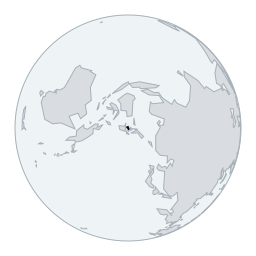 Negros Oriental highlighted on a globe, orthographic projection, rotated 133°
{"feature_id": "PHL-2516", "entity_name": "Negros Oriental", "entity_type": "Province", "adm_level": 1, "iso_a3": "PHL", "parent_name": "Philippines", "parent_adm1": "", "projection": "orthographic", "projection_center": [123.114, 9.74], "detail": "fine", "context": "on_globe", "style": "filled", "palette": "ink", "viewbox_px": 256, "rotation_deg": 133, "n_neighbors": 0, "source": "natural_earth", "source_scale": "10m", "svg_char_len": 8562}
<svg xmlns="http://www.w3.org/2000/svg" viewBox="0 0 256 256"><g transform="rotate(133 128 128)"><circle cx="128" cy="128" r="113" fill="#eef3f6" stroke="#a8b0b8"/><path d="M218.7,168.7L218.5,169.5L218.4,169.6L218.7,168.7ZM188.6,33.0L186.0,31.5L182.8,31.0L185.5,33.5L182.0,31.2L189.7,38.1L190.4,41.1L187.3,36.2L185.2,34.7L184.5,35.7L182.3,34.4L180.6,34.3L177.9,32.8L176.3,30.4L174.6,29.5L174.2,30.4L171.3,29.7L172.1,28.5L167.1,27.2L163.5,23.8L167.9,23.2L163.6,21.3L163.1,21.0L171.9,24.3L180.4,28.3L188.6,33.0ZM233.3,94.8L232.4,92.3L233.2,93.4L233.3,94.8ZM231.6,91.2L232.0,91.9L231.7,91.4L231.6,91.2ZM231.3,91.0L231.5,91.1L231.4,91.3L231.3,91.0ZM230.9,91.1L231.1,90.9L231.1,91.1L230.9,91.1ZM230.0,90.5L229.7,90.2L229.8,89.8L230.0,90.5ZM188.0,35.8L188.1,35.2L188.8,36.3L188.0,35.8ZM180.8,34.6L181.5,35.3L180.4,35.0L180.8,34.6ZM175.2,32.4L173.2,31.9L175.0,32.0L175.2,32.4ZM171.8,31.4L166.8,30.6L167.9,31.8L161.9,28.1L168.1,29.8L170.2,29.6L170.2,30.5L171.8,31.4ZM159.5,19.8L155.5,18.8L154.9,18.6L159.5,19.8ZM159.3,26.4L157.9,26.0L159.1,26.0L159.3,26.4ZM161.7,20.6L160.7,20.4L157.1,19.4L156.3,19.2L155.4,18.7L161.7,20.6ZM152.9,18.2L151.6,17.9L153.1,18.3L150.5,17.7L150.3,17.6L149.3,17.4L148.5,17.3L149.3,17.4L152.9,18.2ZM147.1,17.0L146.5,16.9L147.1,17.0ZM148.7,17.5L152.8,18.3L152.7,18.4L148.7,17.5ZM143.0,16.4L142.7,16.3L143.0,16.4ZM146.7,17.0L148.2,17.3L146.7,17.0ZM142.5,16.3L142.1,16.3L143.4,16.4L142.5,16.3ZM144.3,16.6L143.7,16.6L144.0,16.5L144.9,16.7L144.3,16.6ZM146.3,17.0L146.7,17.1L145.7,16.9L146.3,17.0ZM140.8,16.1L140.3,16.1L137.9,15.9L138.1,15.8L140.4,16.0L140.8,16.1ZM32.4,68.4L31.6,69.8L31.4,71.1L37.8,62.5L38.1,60.3L41.7,55.7L44.3,53.8L44.6,56.5L46.0,54.8L48.8,50.0L52.0,47.8L50.2,48.2L48.6,50.1L47.5,50.6L48.8,48.9L49.9,48.1L50.6,46.8L45.4,51.6L43.3,54.0L43.4,53.7L49.8,46.9L56.9,40.7L64.4,35.0L65.1,34.6L68.6,32.4L67.4,33.2L71.1,31.0L71.9,31.2L74.1,29.3L78.2,27.2L81.0,26.2L82.8,25.3L78.2,27.0L76.1,28.1L73.6,29.4L70.6,31.1L77.9,27.1L85.4,23.7L90.3,22.2L91.8,22.4L85.2,26.5L82.4,27.3L83.3,26.1L78.5,28.9L80.8,27.8L79.9,28.7L83.6,27.4L83.1,28.0L87.5,25.9L87.4,26.5L84.6,27.8L90.0,26.9L90.8,28.0L92.3,27.6L93.6,26.8L93.7,29.1L94.8,28.7L95.2,27.8L97.5,26.4L101.7,25.1L101.5,26.0L100.0,26.6L96.5,29.3L92.4,31.1L92.8,31.3L96.3,30.1L100.5,26.6L103.1,25.7L101.5,27.2L102.3,26.5L103.5,26.3L104.6,27.0L106.5,25.4L120.3,23.4L123.7,25.0L120.7,26.2L130.1,26.9L133.3,29.4L133.6,28.4L138.3,28.5L137.4,27.7L137.9,27.3L149.6,28.2L152.3,29.3L157.7,29.3L157.8,28.9L156.2,28.0L161.9,28.1L167.9,31.8L167.2,32.5L171.5,34.6L169.3,36.0L169.5,38.5L164.7,39.3L165.2,41.4L166.8,42.1L168.8,45.7L167.3,51.7L161.4,43.9L162.3,36.1L161.3,38.8L159.5,37.5L157.8,38.1L157.3,40.3L158.6,41.0L146.9,42.1L141.5,48.1L147.0,48.6L149.6,51.3L148.3,60.4L134.7,71.6L138.0,76.7L137.6,79.7L133.5,81.0L133.9,76.6L130.5,74.5L131.3,72.0L124.8,73.1L125.8,69.6L120.3,72.5L121.4,75.6L126.8,75.6L121.6,80.1L126.0,85.9L125.5,92.3L114.9,102.4L105.6,104.8L104.8,106.8L101.6,104.1L96.6,107.6L101.9,120.2L101.5,123.7L93.7,129.3L93.6,126.7L85.2,119.3L83.0,127.4L89.4,135.1L91.6,143.5L86.4,140.3L84.2,132.9L81.2,130.1L82.5,123.0L80.8,112.1L75.6,113.4L76.5,109.2L73.4,100.0L66.2,101.6L54.4,111.0L52.1,121.7L48.3,125.8L45.6,109.3L47.1,98.9L44.3,99.2L42.9,89.8L35.5,86.8L36.0,84.1L34.3,84.8L33.5,81.4L34.9,77.1L33.7,76.8L30.5,88.4L32.0,88.8L35.3,85.4L34.0,89.4L34.9,93.8L28.4,102.0L19.9,107.1L21.6,99.0L28.6,76.2L29.9,74.1L30.0,73.9L30.3,73.4L28.2,76.7L30.3,72.5L23.8,87.6L21.6,93.9L19.7,107.5L19.3,108.5L19.4,111.6L23.2,110.6L22.7,113.3L19.3,124.6L16.4,139.1L18.3,151.1L20.6,161.0L21.5,164.6L19.1,156.6L17.2,148.5L16.0,140.2L15.4,131.9L15.4,123.6L16.1,115.3L17.3,107.0L19.2,98.9L21.6,91.0L24.7,83.2L28.2,75.7L32.4,68.4ZM42.2,64.5L44.1,66.3L47.9,60.2L48.9,60.5L49.8,58.5L48.1,59.8L51.0,54.5L53.5,53.7L55.6,51.4L55.0,50.8L50.0,53.2L45.9,60.6L43.5,62.4L42.2,64.5ZM131.7,15.4L128.9,15.4L124.5,15.5L125.5,15.5L123.4,15.7L119.6,15.9L121.5,15.7L116.0,16.2L116.5,16.0L115.8,16.1L114.7,16.2L113.3,16.3L122.5,15.5L131.7,15.4ZM138.9,15.9L137.8,15.8L137.5,15.8L135.9,15.7L137.0,15.9L131.6,15.6L129.3,15.5L134.5,15.5L138.9,15.9ZM103.3,18.7L104.8,18.3L105.3,18.2L109.3,17.5L106.9,18.3L103.3,18.7ZM36.5,63.7L35.3,65.0L35.9,63.9L36.2,63.7L36.5,63.7ZM103.9,18.9L105.6,18.5L104.6,18.9L103.9,18.9ZM109.5,17.9L108.6,18.3L109.8,17.7L109.5,17.9ZM67.6,218.7L70.0,220.1L68.9,219.9L67.6,218.7ZM24.3,162.6L28.9,179.0L27.8,178.2L25.2,172.8L22.0,162.6L22.5,160.6L22.1,156.3L24.3,162.6ZM120.0,165.2L123.5,166.0L123.4,166.5L120.0,165.2ZM116.3,163.1L120.3,163.6L115.7,164.1L116.3,163.1ZM121.8,163.8L125.8,163.2L127.6,162.5L127.3,163.5L121.8,163.8ZM113.6,162.9L99.4,161.3L93.9,159.3L95.1,157.5L104.1,159.0L113.6,162.9ZM94.7,157.4L86.4,151.1L75.7,134.2L79.5,135.0L90.8,145.8L90.1,147.3L95.1,152.1L94.7,157.4ZM115.1,149.8L114.4,154.6L106.5,153.4L102.9,152.2L100.4,145.7L101.8,142.6L104.7,143.0L116.3,133.4L120.3,136.5L116.6,140.7L119.9,145.3L115.1,149.8ZM52.4,122.8L53.9,129.7L51.9,130.4L52.4,122.8ZM121.4,126.4L116.5,130.6L121.1,124.8L121.4,126.4ZM124.3,120.7L124.4,123.1L122.7,120.7L124.3,120.7ZM104.4,110.1L101.3,110.3L101.4,108.6L105.4,107.4L104.4,110.1ZM125.1,97.8L124.5,102.6L123.7,104.1L122.6,101.1L125.1,97.8ZM106.1,22.8L100.5,23.3L96.4,24.4L94.1,25.8L95.0,24.3L101.2,22.6L106.1,22.8ZM118.5,23.1L120.5,22.2L121.3,22.7L120.9,23.0L118.5,23.1ZM118.6,22.5L118.0,21.3L120.2,20.9L120.2,21.9L118.6,22.5ZM110.7,19.4L109.1,19.5L110.0,19.1L110.7,19.4ZM192.2,210.2L193.4,210.9L190.2,213.8L185.8,216.7L181.7,217.7L192.2,210.2ZM159.8,217.2L159.5,213.8L164.2,213.7L162.4,216.6L159.8,217.2ZM195.3,207.9L198.1,204.8L199.0,200.9L198.9,204.4L201.4,204.4L194.4,210.6L195.3,207.9ZM141.7,202.1L119.8,207.3L114.9,206.0L115.9,203.2L110.8,193.7L112.4,194.1L111.0,187.8L123.8,183.3L132.9,173.7L140.3,175.0L145.8,167.9L153.5,169.0L151.3,174.7L159.6,179.1L164.8,166.2L170.1,180.6L176.3,185.9L178.4,194.8L168.4,209.0L162.5,211.5L161.2,210.1L158.7,211.5L154.7,210.7L152.2,205.9L149.8,207.2L152.0,203.8L148.6,206.7L146.4,203.6L141.7,202.1ZM197.3,179.7L198.5,180.1L200.5,182.6L198.5,182.1L197.3,179.7ZM215.6,171.7L216.1,172.9L214.9,173.2L215.6,171.7ZM218.4,169.6L216.9,170.1L218.7,168.7L218.4,169.6ZM203.4,171.6L204.0,172.5L203.5,172.8L203.4,171.6ZM202.9,171.3L203.6,169.9L203.5,171.3L202.9,171.3ZM197.0,163.5L197.7,162.8L198.1,163.3L197.0,163.5ZM128.7,166.5L133.5,163.1L136.2,163.0L128.7,166.5ZM195.9,161.9L194.1,161.7L194.3,160.9L195.9,161.9ZM196.0,160.1L195.8,159.0L197.0,161.6L196.0,160.1ZM192.5,157.6L194.7,159.6L192.2,157.8L192.5,157.6ZM191.2,157.8L189.5,156.9L189.6,156.6L191.2,157.8ZM173.2,158.3L179.3,165.0L174.5,164.6L169.2,160.3L165.1,163.7L155.9,162.5L158.0,160.4L156.7,156.8L147.3,154.7L145.4,152.3L148.7,151.0L142.5,148.7L149.2,148.2L152.0,153.1L155.9,149.8L162.6,151.2L169.1,153.2L174.5,157.0L173.2,158.3ZM149.4,158.5L150.5,158.6L149.5,159.9L149.4,158.5ZM186.5,154.1L188.8,156.5L188.5,157.1L187.4,156.7L186.5,154.1ZM175.7,156.3L181.5,152.8L182.8,152.9L179.0,157.1L175.7,156.3ZM180.0,150.2L182.7,150.9L184.2,153.2L183.6,153.7L180.0,150.2ZM135.6,153.0L135.4,154.3L133.6,153.2L135.6,153.0ZM137.8,152.5L143.1,154.3L137.4,153.5L137.8,152.5ZM122.2,146.6L123.7,149.8L128.4,148.2L124.8,150.7L128.1,156.1L127.1,157.9L123.8,152.1L122.8,157.6L120.7,157.3L119.5,152.4L121.5,146.7L123.6,144.5L132.2,144.3L122.2,146.6ZM137.8,148.7L136.4,145.0L137.5,142.8L138.9,144.8L137.8,148.7ZM132.5,136.2L129.0,131.7L125.7,133.0L132.5,127.9L134.7,133.0L132.5,136.2ZM129.7,126.9L126.6,128.1L129.9,125.1L129.7,126.9ZM125.9,126.6L125.6,123.8L128.0,124.4L125.9,126.6ZM131.3,127.2L132.1,122.5L133.1,125.4L131.3,127.2ZM124.9,117.4L129.8,122.5L123.3,119.9L123.5,110.8L126.4,110.9L124.9,117.4ZM144.3,83.8L143.9,81.4L146.6,81.1L146.1,82.9L144.3,83.8ZM155.1,79.0L147.2,80.3L140.8,81.8L142.6,83.1L140.7,87.0L138.3,82.9L143.2,79.0L147.9,78.6L149.1,75.5L152.9,73.7L152.7,69.7L154.5,68.2L156.1,71.8L155.1,79.0ZM152.4,68.0L153.5,61.4L158.4,63.0L159.3,64.7L156.7,67.0L154.3,66.0L152.4,68.0ZM155.2,60.3L152.8,59.4L149.4,49.8L150.0,48.2L155.1,55.9L153.2,55.5L153.2,57.7L155.2,60.3ZM158.1,26.5L157.9,26.0L159.0,26.6L158.1,26.5ZM137.3,26.8L138.2,26.4L139.4,26.9L137.3,26.8ZM141.3,25.4L139.3,25.2L141.4,25.1L141.3,25.4ZM134.8,24.8L138.5,24.9L134.9,25.3L134.8,24.8Z" fill="#d9dde1" stroke="#a8b0b8" stroke-width="1"/><path d="M128.5,126.7L128.4,126.8L128.4,127.0L128.4,127.3L128.2,127.5L128.1,128.1L128.1,128.3L128.2,128.5L128.3,128.6L128.4,128.8L128.4,129.0L128.2,129.2L128.1,129.3L127.9,129.4L127.7,129.3L127.7,129.2L127.6,128.9L127.4,128.7L127.2,128.7L127.8,127.6L128.1,127.0L128.1,126.9L128.1,126.7L128.3,126.6L128.5,126.7L128.5,126.7Z" fill="#0f172a" stroke="#020617" stroke-width="1.5"/></g></svg>